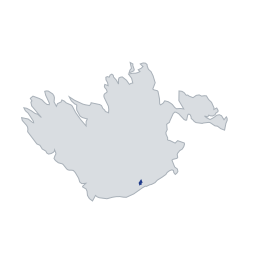 location of Rathfarnham-Templeogue Lea-7, South Dublin, Ireland, rotated 69°
{"feature_id": "5873133B53236888047541", "entity_name": "Rathfarnham-Templeogue Lea-7", "entity_type": "district", "adm_level": 2, "iso_a3": "IRL", "parent_name": "Ireland", "parent_adm1": "South Dublin", "projection": "mercator", "projection_center": [-6.311, 53.305], "detail": "fine", "context": "in_parent", "style": "filled", "palette": "blue", "viewbox_px": 256, "rotation_deg": 69, "n_neighbors": 0, "source": "geoboundaries", "source_scale": "gbopen_adm2", "svg_char_len": 4143}
<svg xmlns="http://www.w3.org/2000/svg" viewBox="0 0 256 256"><g transform="rotate(69 128 128)"><path d="M157.1,46.1L152.4,49.4L151.7,50.6L150.4,55.6L150.3,57.1L147.3,62.6L145.7,63.8L143.2,64.7L141.9,65.6L140.1,65.1L137.9,65.2L136.8,66.2L136.8,66.9L137.5,67.8L141.6,70.4L141.4,71.4L140.2,72.6L132.8,75.6L130.6,77.4L129.9,78.6L130.7,80.6L136.5,86.5L137.5,87.2L138.4,90.6L143.6,92.0L145.7,94.2L147.5,94.7L151.5,94.5L153.1,95.3L154.0,94.7L154.5,93.6L159.0,89.4L157.6,86.2L162.1,80.9L163.3,81.0L165.4,82.6L167.1,84.9L167.7,87.9L169.3,90.6L170.4,91.6L173.2,92.1L173.9,93.2L173.4,97.1L173.8,98.5L181.1,98.4L184.0,96.6L186.5,97.0L187.7,98.7L188.3,100.5L186.1,101.2L183.9,100.8L182.8,102.0L182.7,104.3L183.5,107.3L185.0,109.4L186.2,114.1L187.2,119.3L188.7,122.4L189.1,126.3L188.8,128.2L189.1,131.6L188.5,132.8L189.0,136.0L191.6,146.3L192.1,154.4L190.8,157.3L189.1,160.2L187.9,163.5L187.1,167.2L186.5,173.0L182.8,179.8L181.2,181.5L179.3,182.5L183.4,187.3L180.0,189.4L176.4,190.0L172.4,188.9L169.9,189.0L166.7,191.5L166.0,191.0L164.5,187.1L163.4,191.1L161.1,192.4L157.2,192.1L150.6,193.2L148.0,194.3L147.0,196.1L146.2,198.2L145.2,199.4L144.0,200.0L138.9,201.6L137.9,202.2L135.5,205.5L132.4,207.4L129.9,208.0L127.6,206.0L126.7,204.9L125.6,204.3L122.1,204.4L123.2,205.0L123.9,206.3L124.3,208.9L123.9,211.5L122.2,212.8L120.1,213.0L116.8,215.6L112.6,216.4L110.2,218.8L96.0,222.9L95.2,222.9L93.3,221.9L91.1,221.4L89.0,221.8L83.1,224.0L80.2,223.6L83.9,217.9L88.8,215.0L89.3,214.2L87.7,213.9L78.3,215.9L75.1,217.6L71.8,218.0L73.3,215.5L77.5,211.9L81.2,209.5L82.7,207.4L87.2,205.1L72.9,210.0L69.1,209.4L68.3,208.0L65.3,208.6L64.2,205.3L68.6,200.3L71.1,198.1L74.1,196.9L76.9,195.3L78.0,193.2L76.7,192.5L68.0,193.1L63.9,192.6L64.1,191.0L64.9,189.2L69.2,186.1L71.5,185.6L73.5,185.9L77.2,187.7L82.1,187.1L80.0,185.1L79.7,181.1L78.1,179.7L80.1,177.8L82.4,176.7L86.2,172.8L87.5,172.2L95.0,171.3L103.1,169.2L111.1,166.4L107.0,164.8L105.0,162.7L101.9,166.9L99.6,168.5L93.2,169.4L91.1,168.9L88.3,167.6L87.4,168.1L86.5,169.1L82.3,171.2L77.8,171.7L83.0,167.9L89.6,161.5L91.1,159.4L93.2,155.9L92.5,154.3L91.2,153.4L96.0,146.0L97.6,144.7L100.7,144.5L103.0,143.3L103.9,143.3L104.8,142.9L106.8,140.7L103.8,139.3L100.6,138.5L90.9,139.3L89.6,139.1L88.4,138.5L87.7,137.5L87.1,135.0L86.4,134.4L84.2,134.4L82.0,135.2L80.5,135.1L79.0,134.0L81.4,131.4L78.3,130.8L75.2,131.3L72.7,130.5L72.6,128.9L73.8,127.3L72.2,125.8L71.9,123.8L73.5,122.9L75.3,123.2L78.9,121.8L83.6,121.1L79.6,119.7L78.0,118.4L77.9,116.6L78.3,115.0L82.9,112.3L87.8,111.1L87.4,109.3L87.7,107.4L82.8,106.8L77.9,108.2L78.4,104.5L79.6,101.2L79.8,99.0L79.6,96.6L77.3,97.6L77.0,94.3L76.0,92.0L72.6,93.6L72.7,90.6L73.7,88.5L75.5,87.5L77.2,87.9L80.5,87.9L83.7,86.3L88.2,85.9L95.5,86.4L100.5,90.9L101.7,90.1L103.7,87.3L104.7,86.9L112.2,88.2L116.9,89.8L118.1,89.3L117.4,86.2L115.8,84.0L117.8,81.1L120.3,79.2L121.9,78.2L125.7,77.0L127.4,75.9L128.5,72.2L130.2,69.1L120.7,70.7L111.7,67.1L113.1,64.5L115.0,63.0L118.3,61.9L118.6,60.5L120.3,59.4L123.0,56.4L122.0,52.6L122.6,49.7L124.6,47.9L125.2,45.2L126.1,43.3L130.1,42.6L134.0,40.8L139.9,40.5L141.5,41.2L141.1,38.0L143.9,37.6L145.0,38.2L145.5,40.5L146.8,42.0L147.2,44.5L146.3,46.5L144.9,48.0L146.2,49.5L144.2,52.3L146.4,51.1L149.5,48.4L149.3,46.2L148.8,43.4L147.9,40.8L148.3,38.0L150.1,36.3L154.7,35.4L152.8,32.2L154.4,32.0L156.3,32.6L159.0,35.1L164.6,38.6L161.9,41.6L158.4,43.8L157.1,46.1ZM76.9,105.7L76.8,107.2L74.6,105.4L73.5,103.4L67.6,102.5L70.0,100.5L71.3,101.1L75.5,101.2L76.7,102.0L76.9,105.7Z" fill="#d9dde1" stroke="#a8b0b8" stroke-width="1"/><path d="M183.2,136.7L183.3,136.6L183.5,136.5L183.6,136.4L183.7,136.5L183.8,136.5L183.8,136.8L183.6,137.0L183.8,137.1L184.0,137.1L184.3,137.0L184.7,137.0L184.9,137.1L184.9,136.9L184.9,136.7L184.8,136.4L184.7,136.4L184.8,136.2L184.7,136.2L184.8,136.1L184.9,135.9L185.0,135.9L184.9,135.9L184.5,135.9L184.5,136.0L184.3,136.2L184.2,136.0L184.1,135.9L184.0,135.6L183.8,135.4L183.6,135.3L183.3,135.3L183.1,135.3L183.0,135.2L182.9,135.2L182.7,134.8L182.8,134.7L182.7,134.7L181.8,134.7L182.0,135.0L182.3,135.6L182.9,136.0L183.0,136.1L183.1,136.3L183.1,136.6L183.2,136.7Z" fill="#3b82f6" stroke="#1e3a8a" stroke-width="1.5"/></g></svg>